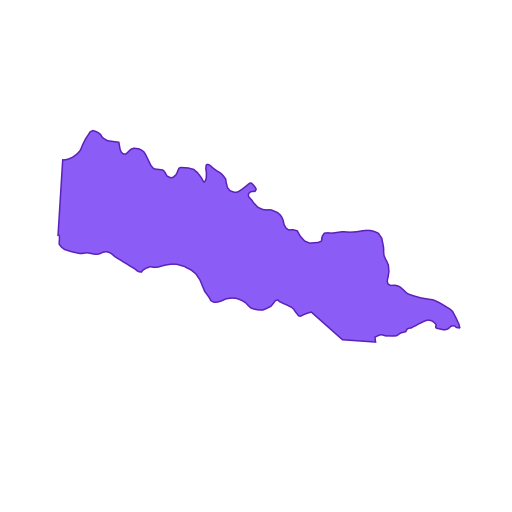 Macdomel, Laborie, Saint Lucia (Albers equal-area conic projection), rotated 293°
{"feature_id": "8701671B98275971460966", "entity_name": "Macdomel", "entity_type": "district", "adm_level": 2, "iso_a3": "LCA", "parent_name": "Saint Lucia", "parent_adm1": "Laborie", "projection": "albers", "projection_center": [-60.984, 13.774], "detail": "fine", "context": "isolated", "style": "filled", "palette": "violet", "viewbox_px": 512, "rotation_deg": 293, "n_neighbors": 0, "source": "geoboundaries", "source_scale": "gbopen_adm2", "svg_char_len": 6074}
<svg xmlns="http://www.w3.org/2000/svg" viewBox="0 0 512 512"><g transform="rotate(293 256 256)"><path d="M291.0,290.1L291.9,288.5L295.3,284.1L294.6,279.6L292.8,276.1L292.8,275.7L293.4,272.8L295.5,270.0L296.0,269.5L297.2,268.6L297.5,268.4L299.9,266.7L300.8,265.6L301.3,265.1L302.0,264.3L303.3,262.2L303.6,261.4L303.9,260.3L304.4,258.8L304.4,256.6L304.4,254.0L304.4,253.0L304.4,252.3L304.3,252.1L304.2,251.6L304.0,250.8L302.5,247.5L301.7,245.4L301.5,243.6L301.5,239.7L301.7,238.4L302.5,236.4L303.4,234.6L303.6,233.8L304.1,232.8L305.7,230.5L305.9,230.1L306.6,228.5L307.7,226.1L308.4,225.6L309.6,225.0L310.1,224.9L310.5,224.9L310.8,225.0L312.4,225.6L312.9,225.9L314.0,227.5L314.3,228.1L314.5,228.6L314.8,229.1L315.1,229.8L317.5,230.1L318.9,228.5L320.4,225.7L320.6,225.2L321.0,224.0L321.3,223.2L321.2,223.0L321.0,222.4L320.9,222.1L320.5,221.8L319.8,221.4L319.4,221.0L318.4,220.6L317.7,220.2L315.4,219.0L313.5,217.9L312.3,217.3L308.3,214.6L308.0,214.3L306.8,212.6L306.4,211.9L306.3,211.7L306.1,209.7L306.0,207.8L306.0,206.3L307.5,203.5L308.4,202.5L310.4,201.1L310.6,201.0L311.1,200.5L312.4,199.5L313.0,199.2L314.0,198.7L314.3,198.4L315.1,197.9L315.7,196.8L316.2,196.0L317.2,194.3L317.4,193.7L317.9,192.7L318.1,192.1L318.3,191.5L318.8,189.1L318.9,187.9L319.1,186.5L320.1,182.3L320.6,180.9L320.7,180.5L321.2,179.0L321.6,177.2L321.5,175.9L320.9,174.9L319.9,174.7L319.1,175.0L317.1,175.6L316.2,176.1L315.6,176.4L313.3,177.8L312.9,178.0L309.5,179.3L308.2,179.8L306.8,179.9L304.8,179.9L304.4,179.8L304.0,179.5L303.8,179.1L303.8,178.8L306.8,175.0L310.1,169.1L310.8,166.5L311.4,164.7L310.9,162.2L310.7,159.8L310.2,158.2L308.1,152.2L307.1,151.1L306.6,150.8L305.8,150.8L304.5,150.7L303.0,150.8L299.7,150.7L296.0,148.9L295.7,148.5L295.2,147.8L294.8,147.0L294.7,146.5L294.8,142.9L297.9,138.8L298.1,138.3L298.5,137.4L298.7,136.5L298.0,133.9L297.8,133.1L296.7,129.4L296.5,128.1L296.7,127.0L298.2,124.0L298.7,123.4L306.5,114.4L307.3,113.1L307.9,112.4L308.2,111.5L308.3,111.2L308.8,108.7L308.8,107.8L308.9,106.4L307.5,101.4L306.8,100.8L306.3,100.1L305.9,99.6L305.2,99.1L303.2,98.2L302.9,98.1L299.1,96.4L298.3,94.6L298.2,94.2L298.3,93.4L298.7,91.9L298.9,91.5L301.1,89.2L307.1,85.3L304.1,74.3L304.7,69.7L305.0,68.7L305.7,67.4L307.2,65.4L307.3,64.6L307.6,63.9L308.0,61.5L308.0,58.6L307.7,57.4L307.7,56.7L306.9,56.1L305.9,55.2L305.3,54.8L304.1,54.6L302.1,54.3L297.6,53.4L292.0,53.0L291.3,53.0L290.6,52.9L289.7,53.0L285.1,53.0L284.4,52.9L282.2,52.2L281.3,51.9L280.9,51.7L279.1,50.9L275.6,48.8L275.0,48.4L272.0,45.5L271.6,45.0L270.3,43.2L269.3,41.5L269.0,40.5L197.9,65.6L198.3,66.0L197.9,66.9L195.9,68.0L195.1,68.3L192.0,69.4L190.0,70.2L189.0,71.8L188.2,73.4L187.2,77.1L187.7,83.0L188.2,86.4L189.5,93.0L190.5,95.2L192.8,98.8L193.6,101.8L194.5,106.5L195.9,109.8L197.0,111.2L199.7,113.7L201.4,116.4L201.7,117.7L201.9,120.8L201.4,122.9L200.3,126.3L199.7,129.8L199.3,133.0L198.7,136.2L198.2,140.3L197.5,144.1L196.9,149.0L196.6,150.2L196.0,152.0L195.8,153.3L195.8,154.7L196.1,155.5L196.5,156.9L197.2,157.0L198.5,157.3L199.7,158.1L201.9,159.6L202.9,160.8L204.9,162.8L205.1,164.0L205.7,166.5L206.1,167.3L207.1,169.4L207.9,170.6L211.2,174.7L211.6,175.3L212.9,177.2L215.4,181.2L216.2,183.2L217.1,185.3L217.7,187.9L218.0,191.1L218.4,194.0L218.2,196.0L218.0,197.0L218.1,197.5L217.7,201.9L216.1,207.6L213.5,211.6L212.1,213.7L209.3,216.6L206.4,219.5L203.4,222.6L199.9,228.5L197.3,231.9L197.0,234.6L197.2,236.0L198.6,238.6L200.7,241.3L203.4,243.8L204.7,245.0L206.8,248.2L208.1,250.8L209.2,254.0L209.5,256.8L209.5,260.8L208.8,265.0L207.4,268.1L206.2,271.3L206.2,273.4L206.7,276.8L207.3,279.1L208.8,283.2L210.9,285.4L215.4,289.3L217.5,290.0L220.1,290.7L222.4,291.2L224.0,293.1L224.1,293.5L223.2,295.3L223.1,297.8L223.0,299.7L223.0,303.4L222.7,307.7L222.7,308.3L222.6,309.0L221.8,311.5L220.6,313.2L219.8,314.5L218.6,316.8L217.6,318.5L217.9,320.4L220.0,322.3L221.0,323.1L223.2,325.4L223.8,326.0L224.4,326.9L225.2,327.8L226.0,328.8L212.7,368.3L223.5,399.7L227.8,397.2L229.6,398.8L231.6,400.7L232.7,402.6L233.1,406.5L235.3,411.9L236.6,414.9L237.2,416.1L238.1,417.0L240.1,418.2L241.7,419.3L243.1,421.1L244.7,423.2L244.9,423.4L248.0,423.7L248.9,424.7L249.9,426.0L250.4,427.0L253.1,429.0L254.1,430.1L256.5,431.8L258.6,433.7L261.4,436.1L263.6,438.4L264.2,439.4L264.7,441.0L265.0,443.7L264.2,446.6L263.3,448.4L262.8,448.8L261.2,449.0L260.3,449.5L260.1,450.8L260.9,455.0L261.4,457.5L262.1,459.1L263.8,461.1L265.6,462.1L267.2,462.7L268.6,464.4L269.1,465.6L269.2,466.7L268.6,467.9L268.6,469.0L269.3,471.4L270.0,471.5L270.2,471.2L270.5,470.8L272.4,469.6L273.4,468.4L273.8,468.0L274.0,467.7L274.3,467.4L275.9,465.7L277.9,463.4L279.9,460.9L280.3,460.4L281.8,458.6L282.9,455.4L284.2,446.6L284.4,445.5L284.4,445.2L284.4,444.9L284.7,443.0L284.9,437.0L284.7,436.3L284.7,435.3L284.4,434.5L284.3,434.2L282.0,424.8L281.8,423.7L281.0,417.4L280.6,412.8L280.6,412.0L280.5,410.4L281.0,408.5L282.6,404.4L282.8,403.6L283.2,402.5L283.4,401.9L283.8,400.5L283.8,399.8L283.8,399.0L283.9,398.0L283.6,396.8L283.5,395.7L281.6,391.6L281.5,390.8L281.5,390.2L281.7,389.0L282.4,387.8L284.3,386.6L285.2,386.3L286.6,386.0L288.9,385.7L290.0,385.3L290.6,385.2L294.0,384.3L294.2,384.1L294.4,384.0L296.3,383.0L296.9,382.8L297.5,382.4L298.6,381.8L299.5,381.3L299.6,381.1L299.8,381.0L300.9,379.7L301.9,378.8L302.5,378.1L303.1,377.3L303.3,376.9L305.2,374.9L305.6,374.5L306.1,374.0L306.3,373.8L307.7,372.9L309.0,372.3L309.4,372.0L310.1,371.7L310.8,371.4L311.6,371.1L312.8,370.5L313.0,370.4L313.5,370.2L316.2,368.4L316.8,368.1L318.0,367.2L321.4,364.9L321.7,364.5L321.9,364.3L322.4,363.4L323.9,361.0L324.7,359.9L324.8,357.9L324.8,355.6L324.7,354.5L324.7,354.0L324.4,352.8L324.4,352.3L324.3,352.0L324.2,351.5L323.3,349.0L322.6,347.4L321.6,345.6L321.3,345.0L320.4,343.4L319.8,342.7L319.4,341.9L317.7,339.3L314.8,333.6L313.1,328.9L312.9,328.0L312.6,327.3L312.0,325.8L307.3,318.0L306.6,316.6L306.3,315.9L305.5,313.3L304.2,310.8L304.0,310.6L303.7,310.0L302.7,309.8L301.0,309.4L300.8,309.4L299.9,309.3L297.2,309.8L296.8,310.2L296.1,310.3L294.9,310.1L292.7,307.9L288.8,300.3L288.8,295.0L289.6,293.1L291.0,290.1Z" fill="#8b5cf6" stroke="#5b21b6" stroke-width="1.5"/></g></svg>